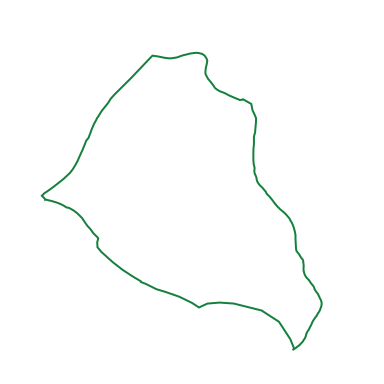 Marisule/Bon Air, Gros Islet, Saint Lucia, rotated 190°
{"feature_id": "8701671B87551920719887", "entity_name": "Marisule/Bon Air", "entity_type": "district", "adm_level": 2, "iso_a3": "LCA", "parent_name": "Saint Lucia", "parent_adm1": "Gros Islet", "projection": "mercator", "projection_center": [-60.973, 14.051], "detail": "fine", "context": "isolated", "style": "outline", "palette": "green", "viewbox_px": 384, "rotation_deg": 190, "n_neighbors": 0, "source": "geoboundaries", "source_scale": "gbopen_adm2", "svg_char_len": 4393}
<svg xmlns="http://www.w3.org/2000/svg" viewBox="0 0 384 384"><g transform="rotate(190 192 192)"><path d="M65.5,54.0L65.0,54.3L63.9,55.3L63.4,55.8L62.9,56.2L62.6,56.6L61.7,57.6L59.2,60.3L58.8,61.2L58.5,61.6L57.2,63.5L56.9,64.2L56.6,64.6L56.4,65.4L56.1,66.2L55.8,66.6L55.5,67.3L55.4,67.8L55.0,69.3L54.9,70.3L54.8,71.3L54.8,71.7L54.7,72.1L54.7,72.6L54.5,73.0L54.4,73.7L54.2,74.2L53.9,75.0L53.6,75.6L53.3,76.3L53.1,76.6L52.9,77.4L52.7,77.9L52.6,78.5L52.5,78.9L52.4,79.5L52.0,80.4L51.7,81.2L51.5,81.8L51.4,82.2L51.3,82.9L51.2,83.4L51.1,83.9L50.9,84.5L50.6,85.5L50.4,86.1L50.2,86.5L50.0,87.2L49.7,87.7L49.5,88.2L49.2,88.9L48.8,89.7L48.6,90.2L48.3,90.7L48.0,91.2L47.6,92.2L47.5,92.7L47.3,93.3L46.9,94.4L46.7,94.9L46.4,95.3L46.2,95.9L46.0,96.3L45.9,96.7L45.7,97.2L45.6,97.8L45.3,98.6L45.3,99.1L45.2,99.9L45.1,100.4L44.9,101.0L44.9,101.5L44.8,102.5L44.8,103.4L44.9,104.0L44.9,104.6L45.1,105.2L45.3,105.8L45.5,106.4L45.7,106.8L46.1,107.6L46.4,108.1L46.8,108.6L47.9,110.0L48.6,111.1L49.5,112.3L49.8,112.8L50.4,113.5L50.7,113.9L51.3,114.4L51.6,114.6L52.3,115.3L52.7,115.7L53.0,116.0L53.5,116.5L53.7,116.8L54.0,117.2L54.6,117.9L54.9,118.5L55.2,119.1L55.4,119.5L56.1,120.3L56.5,120.7L57.0,121.2L57.8,121.8L58.2,122.2L58.9,122.7L59.5,123.4L60.1,124.1L60.5,124.5L61.1,125.1L61.7,125.6L62.6,126.3L63.4,126.9L64.0,127.3L64.6,127.8L65.0,128.2L65.3,128.6L65.9,129.2L66.3,129.8L66.6,130.2L67.1,131.0L67.4,131.6L67.7,132.2L67.9,132.8L68.2,133.4L68.4,133.9L68.6,134.6L68.7,135.1L68.8,135.6L68.9,136.2L69.0,136.9L69.0,137.4L69.1,138.0L69.2,138.5L69.3,139.0L69.4,139.5L69.6,140.4L70.2,141.9L70.5,143.3L70.9,144.3L71.5,144.9L72.0,145.3L72.4,145.6L73.1,146.3L73.7,146.9L74.0,147.2L74.3,147.6L74.6,148.0L75.1,148.6L75.5,149.0L76.5,150.0L77.3,150.6L78.1,151.4L78.6,151.8L79.1,152.6L79.6,154.0L79.9,155.0L80.1,155.8L80.2,156.3L80.4,157.1L80.5,157.7L80.8,158.8L81.0,159.9L81.3,161.0L81.5,161.8L81.7,162.7L81.8,163.3L82.0,164.0L82.1,164.7L82.2,165.2L82.4,166.3L82.6,167.7L82.8,168.1L83.1,168.9L83.5,170.0L84.1,171.5L84.6,172.5L85.0,173.4L85.6,174.7L85.8,175.1L86.3,175.8L86.8,176.7L87.2,177.4L87.7,178.1L89.0,179.8L90.5,181.5L91.5,183.0L92.7,183.9L93.3,184.4L95.2,186.0L95.9,186.5L97.1,187.3L97.6,187.7L98.8,188.4L100.6,189.4L101.9,190.1L104.1,191.7L105.5,192.6L107.3,194.2L108.0,194.7L109.6,196.2L110.7,197.3L111.8,198.3L113.3,199.6L114.8,200.8L115.1,201.1L116.7,202.2L117.5,202.8L117.9,203.0L119.3,204.9L119.6,205.2L120.0,205.6L120.8,206.2L121.7,207.0L122.7,207.9L123.7,208.6L124.8,209.4L125.5,209.8L127.1,211.0L127.9,211.8L128.5,212.4L129.1,213.1L129.7,213.9L130.6,215.8L131.0,217.2L131.6,218.4L132.5,219.7L133.4,221.0L133.6,221.4L134.3,223.5L134.5,226.6L134.8,227.2L135.7,229.3L136.3,230.9L136.7,232.5L137.2,234.6L137.5,236.3L138.1,239.6L138.4,241.5L138.9,244.7L139.0,245.6L139.2,248.5L139.3,249.6L139.9,253.3L140.3,255.0L140.4,256.0L140.5,256.7L140.6,258.1L140.4,259.8L140.3,260.4L140.2,262.0L140.4,263.3L140.7,266.9L141.0,270.4L141.2,272.3L141.6,275.2L141.9,276.1L142.6,277.2L144.0,279.4L145.6,281.6L146.5,282.8L146.8,283.6L147.8,286.1L148.9,289.0L157.9,292.2L158.4,291.6L160.9,290.9L162.5,291.3L164.5,291.7L171.7,293.4L177.4,295.2L182.2,296.1L184.7,297.0L187.5,298.5L189.5,300.7L192.8,303.7L195.9,306.3L197.8,308.7L199.3,310.7L199.8,313.8L199.9,317.1L199.7,320.6L199.7,323.8L200.8,325.9L203.0,328.3L205.7,329.7L209.1,330.0L211.7,329.9L214.8,329.0L218.0,328.0L221.2,326.5L223.9,325.4L226.2,324.2L230.0,322.0L234.5,320.4L237.2,319.7L242.3,319.4L249.1,319.6L254.6,319.4L255.6,318.0L271.8,293.6L285.6,274.0L288.3,269.6L290.2,264.9L294.8,256.5L295.5,254.9L296.3,252.9L297.3,250.4L298.4,248.0L298.9,246.1L300.3,242.1L300.8,240.0L301.1,238.6L301.6,236.7L302.0,234.4L302.3,232.5L302.8,230.0L303.3,227.3L305.2,224.0L305.7,221.0L307.0,215.0L308.6,208.7L310.2,202.2L312.1,196.9L313.4,193.6L315.7,189.3L320.6,182.8L326.2,176.4L330.8,171.4L334.8,167.4L337.2,165.1L339.2,162.2L336.6,160.4L335.9,159.9L335.3,158.8L334.9,159.2L332.9,159.0L328.1,158.7L322.6,158.0L318.5,157.1L315.5,156.1L313.0,155.0L310.3,155.0L305.5,153.3L301.4,151.2L297.9,148.8L295.7,147.2L289.3,140.6L285.8,138.0L281.9,134.2L277.8,131.4L276.3,130.1L276.6,126.0L275.5,121.2L270.8,117.2L265.8,114.1L257.8,109.1L246.6,103.2L235.4,98.4L226.9,95.2L226.7,94.5L221.6,93.5L210.1,90.1L200.8,89.0L186.5,86.7L172.8,82.8L165.1,79.5L157.4,84.8L145.6,87.9L131.4,89.4L102.9,87.4L83.8,79.3L69.6,64.1L64.2,55.5L65.5,54.0Z" fill="none" stroke="#15803d" stroke-width="2"/></g></svg>